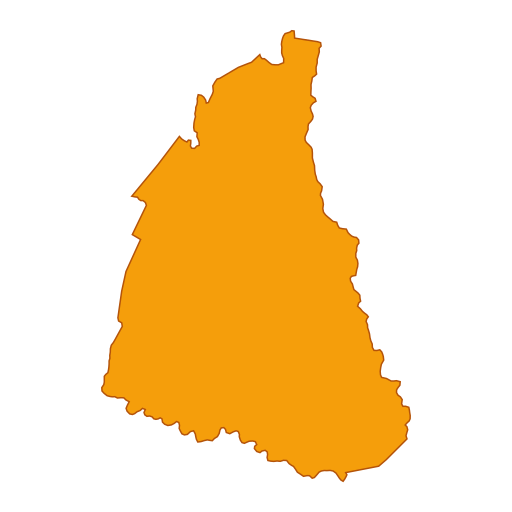 Itiúba, Bahia, Brazil (Natural Earth projection)
{"feature_id": "56859067B94296485103385", "entity_name": "Itiúba", "entity_type": "district", "adm_level": 2, "iso_a3": "BRA", "parent_name": "Brazil", "parent_adm1": "Bahia", "projection": "natural_earth1", "projection_center": [-39.824, -10.692], "detail": "fine", "context": "isolated", "style": "filled", "palette": "amber", "viewbox_px": 512, "rotation_deg": 0, "n_neighbors": 0, "source": "geoboundaries", "source_scale": "gbopen_adm2", "svg_char_len": 4668}
<svg xmlns="http://www.w3.org/2000/svg" viewBox="0 0 512 512"><path d="M179.4,136.4L158.1,164.4L131.8,196.2L135.0,196.9L137.5,197.2L138.9,199.3L140.8,200.6L143.1,200.6L145.4,202.5L146.4,205.4L132.3,234.6L140.6,239.5L126.0,271.5L121.7,291.1L117.9,317.8L118.6,321.0L121.7,322.8L122.3,326.4L115.0,339.7L113.4,342.5L111.3,345.2L110.4,348.7L110.3,352.1L109.8,355.4L109.9,358.3L109.1,360.9L109.1,363.9L108.9,367.0L108.5,369.8L107.9,372.7L105.8,374.4L104.3,376.3L104.3,379.3L104.3,382.1L103.8,384.6L101.8,387.6L102.0,391.0L104.1,393.3L107.1,395.7L110.1,396.5L112.3,396.8L114.9,396.7L117.4,398.0L120.8,397.7L123.8,397.8L126.0,400.0L129.2,401.7L127.4,405.2L126.1,408.3L127.1,411.2L129.7,413.9L132.4,414.5L134.7,413.6L137.0,411.8L140.1,410.5L142.5,408.4L145.3,409.5L144.0,412.5L144.8,414.8L146.9,416.3L149.7,416.0L152.2,416.9L153.8,418.8L155.9,419.3L158.1,418.9L160.2,417.8L162.0,418.9L162.5,422.1L164.6,424.2L167.8,425.5L171.4,424.9L174.2,423.4L176.6,421.5L178.8,422.5L179.5,425.2L179.2,428.5L180.2,430.7L181.9,433.8L184.4,434.9L187.4,434.4L190.4,431.6L193.6,430.8L195.3,434.0L195.8,436.8L196.4,439.3L197.8,442.0L201.0,441.6L204.2,440.6L207.3,439.9L210.1,440.4L212.3,440.7L214.4,438.5L217.4,436.6L219.2,433.4L220.0,429.9L221.3,427.9L223.8,427.6L225.5,429.4L226.3,432.5L229.8,433.7L233.3,431.8L236.1,430.8L238.2,431.5L239.4,434.3L239.3,436.8L240.4,440.2L242.0,442.6L244.4,443.3L246.6,442.3L249.2,441.2L252.8,441.0L255.4,441.7L256.7,444.6L254.7,446.3L254.4,448.6L256.8,451.5L260.0,452.6L262.0,451.0L265.2,450.3L267.2,451.9L267.6,454.6L267.1,457.5L267.9,460.5L270.5,461.1L273.7,461.4L277.0,461.0L280.3,461.3L283.5,460.3L286.7,460.5L289.1,463.6L291.5,465.3L293.5,466.4L295.5,469.2L297.4,472.2L300.2,474.0L303.5,476.3L307.1,475.6L309.5,475.7L312.2,478.2L314.4,477.5L316.4,475.3L319.1,472.1L321.4,471.0L324.2,470.5L326.8,470.6L330.1,470.4L333.1,471.0L336.0,473.1L338.0,476.0L339.3,478.0L340.9,480.0L343.1,481.3L344.7,479.1L345.8,477.1L346.9,474.8L345.7,472.6L378.7,466.2L383.3,462.2L386.2,459.7L407.0,438.9L406.0,435.8L406.8,432.7L407.7,429.8L406.9,426.7L405.2,425.0L407.1,422.8L409.1,421.0L410.1,418.8L410.2,415.6L409.7,412.6L409.4,410.1L408.8,407.3L405.7,406.3L402.9,406.3L401.6,403.9L402.2,399.6L400.4,396.9L398.0,395.2L396.5,392.6L396.6,389.8L398.0,387.6L399.9,385.2L400.2,381.7L396.5,380.7L394.0,381.0L391.1,381.0L388.9,379.8L386.5,378.5L384.3,378.0L381.6,377.4L380.5,374.9L380.2,371.3L380.7,367.5L381.4,364.2L383.7,360.1L383.3,356.5L382.6,354.1L381.7,351.9L379.8,349.8L376.9,350.5L374.0,350.4L372.4,347.5L372.2,344.0L370.8,340.8L370.0,337.7L369.5,333.9L368.4,330.0L367.6,327.8L367.5,324.7L366.1,321.5L366.7,319.0L368.3,316.8L366.8,314.8L364.5,313.1L362.4,311.3L360.4,308.8L357.6,306.3L358.7,302.9L360.6,301.2L360.0,298.3L359.8,295.2L358.1,293.1L356.2,291.5L353.9,289.6L353.0,286.4L352.4,284.0L350.6,281.2L350.2,278.3L351.4,276.4L353.5,275.8L355.7,275.4L356.2,272.5L356.8,269.2L357.6,266.8L357.9,263.5L357.4,260.2L355.8,257.1L355.8,253.3L356.7,250.7L356.6,248.0L357.3,245.1L358.9,243.2L358.6,239.9L356.5,237.5L354.1,237.1L351.7,236.1L349.6,234.3L348.0,232.6L346.3,229.1L342.5,228.7L339.3,228.0L337.7,225.3L336.7,222.2L332.9,221.4L329.8,218.6L327.7,216.9L325.5,214.9L323.5,212.2L322.8,208.5L323.4,204.3L322.5,199.3L320.4,195.4L320.6,193.1L321.6,190.8L322.2,186.7L320.2,183.9L317.8,181.6L316.7,179.5L316.2,176.9L315.3,174.2L314.7,170.3L314.5,165.7L313.4,162.1L312.4,158.0L312.4,153.0L312.1,149.3L311.1,147.2L309.1,145.1L306.3,142.4L305.1,140.2L305.0,136.9L306.5,133.2L308.1,129.5L308.0,126.6L308.5,123.9L310.9,121.3L312.5,119.1L313.1,116.4L312.5,114.0L311.1,111.0L310.3,107.7L311.2,105.2L313.4,102.8L316.0,101.3L315.1,98.3L312.8,96.8L310.8,95.2L310.9,92.0L311.1,88.3L311.0,84.6L311.8,81.1L312.3,77.5L314.8,75.8L316.6,74.1L316.1,70.9L316.1,67.1L317.2,63.0L317.2,59.3L318.1,56.2L319.3,51.9L319.1,48.3L321.1,46.1L320.6,42.7L317.6,41.7L294.6,38.1L294.5,35.6L294.1,31.0L291.8,30.7L289.7,32.2L285.1,33.6L283.5,35.9L282.6,38.2L281.8,41.4L281.4,44.3L281.9,47.4L281.7,50.4L281.7,53.0L282.4,55.6L283.7,58.5L283.6,62.7L281.3,63.6L278.4,64.8L275.3,64.8L271.8,64.5L269.1,62.6L266.4,60.2L264.4,58.7L262.1,58.7L260.6,56.9L259.8,54.6L251.5,62.3L247.9,63.6L238.3,67.4L219.8,78.3L217.1,79.0L214.9,82.1L212.8,85.9L213.3,91.3L212.3,94.3L210.0,98.8L208.4,102.5L206.3,103.1L205.6,100.0L203.7,97.1L201.4,95.3L198.2,94.7L197.2,98.7L197.4,101.3L197.0,104.3L195.8,107.3L195.7,110.1L194.9,113.8L195.5,116.8L194.7,119.4L194.0,123.1L193.7,127.5L194.3,130.8L197.2,132.8L196.9,136.7L198.2,139.3L199.2,142.3L199.2,145.4L196.7,146.1L194.6,148.4L191.6,148.2L190.4,146.0L190.8,143.0L190.8,140.4L188.4,140.1L186.9,142.0L184.2,140.7L181.6,138.9L179.4,136.4Z" fill="#f59e0b" stroke="#b45309" stroke-width="1.5"/></svg>